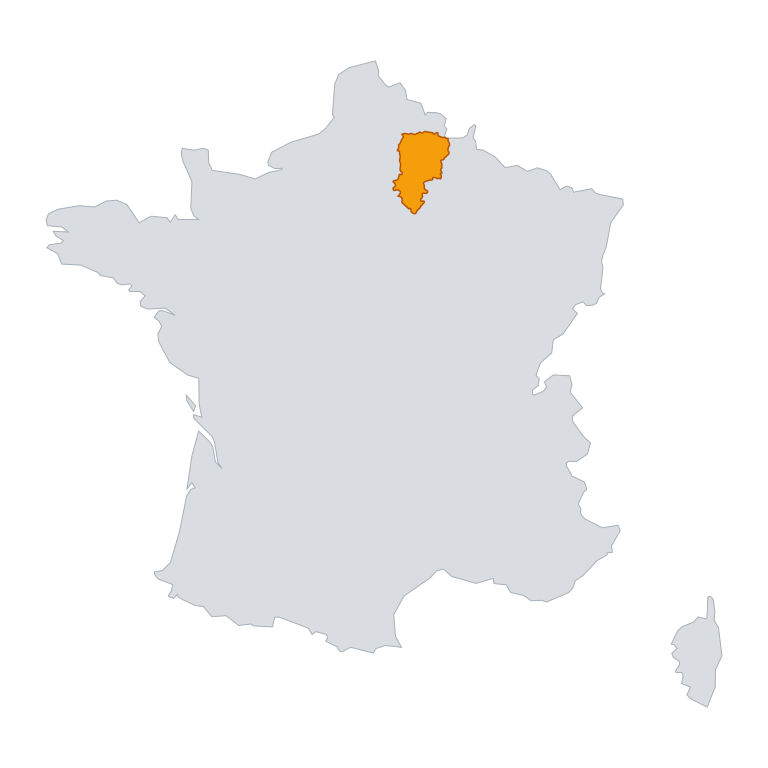 location of Aisne within France
{"feature_id": "FRA-5263", "entity_name": "Aisne", "entity_type": "Metropolitan department", "adm_level": 1, "iso_a3": "FRA", "parent_name": "France", "parent_adm1": "", "projection": "albers", "projection_center": [3.618, 49.454], "detail": "fine", "context": "in_parent", "style": "filled", "palette": "amber", "viewbox_px": 768, "rotation_deg": 0, "n_neighbors": 0, "source": "natural_earth", "source_scale": "10m", "svg_char_len": 7367}
<svg xmlns="http://www.w3.org/2000/svg" viewBox="0 0 768 768"><path d="M604.6,293.8L599.3,297.1L596.2,303.5L592.7,305.2L586.3,305.6L583.1,301.8L575.5,304.7L572.6,308.8L577.4,313.4L562.9,334.1L553.3,339.8L551.7,352.9L540.4,363.1L536.5,373.5L536.2,375.6L539.2,378.9L538.2,385.6L532.4,390.2L532.6,394.5L534.3,395.0L543.2,391.3L546.5,387.2L544.5,381.8L553.4,374.9L569.7,375.8L572.0,384.6L570.2,392.2L582.6,407.8L572.7,415.8L572.3,420.8L583.5,436.6L590.5,443.0L587.4,454.0L576.4,461.6L569.2,461.3L566.2,463.2L566.7,466.5L572.1,476.2L584.6,482.1L586.7,489.4L583.5,492.3L578.3,503.7L581.0,509.2L580.2,511.7L581.6,515.4L585.0,519.0L602.5,527.8L618.0,525.2L620.2,530.6L611.5,545.8L612.3,552.4L607.5,552.8L606.8,555.1L597.4,560.4L582.5,576.0L575.3,580.7L572.7,588.3L568.5,592.7L546.3,602.1L542.0,600.3L531.0,600.8L524.0,595.6L510.7,592.5L506.3,584.8L494.0,583.6L493.2,578.4L476.1,583.4L451.9,576.5L443.4,569.0L436.4,571.0L430.2,577.9L404.1,595.9L393.7,614.6L395.5,636.5L401.5,647.3L385.4,645.5L375.8,648.6L373.3,653.1L350.6,647.3L342.1,651.7L339.7,651.3L336.9,646.7L325.9,641.2L327.7,637.7L326.2,634.4L315.8,631.6L312.1,634.6L308.3,628.1L279.4,617.2L274.7,617.2L272.4,626.9L253.5,625.9L250.9,624.0L238.7,625.5L226.2,615.7L211.8,616.7L203.6,606.7L195.1,605.5L183.4,600.0L178.1,597.0L177.5,594.2L173.7,598.3L169.3,597.0L168.4,595.6L171.6,590.6L172.6,584.5L158.0,579.0L154.4,574.3L154.5,571.9L162.6,570.4L170.5,562.5L179.3,532.2L186.6,496.2L190.6,489.5L195.3,487.9L191.9,482.7L187.0,489.0L191.9,455.8L198.6,431.1L210.1,442.1L212.7,446.7L215.4,461.8L221.9,468.5L217.8,462.2L214.6,442.1L212.1,436.3L193.9,418.5L193.5,414.6L201.8,417.2L199.2,404.5L198.8,378.3L187.5,375.0L169.9,362.6L158.7,341.7L157.8,334.1L161.7,326.5L159.2,321.3L154.2,317.4L158.7,311.0L162.5,310.5L175.3,315.4L165.1,308.2L147.6,309.0L140.9,306.2L140.1,301.4L145.2,295.8L139.8,291.5L129.8,291.6L128.7,289.9L132.0,285.8L129.7,284.0L121.5,284.9L117.1,283.2L113.2,277.8L100.4,275.5L97.7,272.4L80.5,265.0L61.7,264.1L57.6,253.7L46.8,247.7L49.3,244.8L61.0,243.2L63.4,240.6L55.7,235.7L53.2,231.3L68.3,232.0L62.0,227.0L47.4,225.7L46.1,219.6L48.6,213.8L57.7,209.3L79.3,205.7L94.6,207.0L106.1,201.1L116.9,200.2L126.8,204.5L139.2,222.8L150.8,216.2L167.1,217.7L170.2,222.2L175.2,214.8L178.4,219.5L198.6,219.4L194.1,216.1L190.8,208.5L191.9,181.6L183.1,161.5L181.2,154.2L182.2,148.3L193.9,150.2L203.8,148.2L208.3,150.3L208.7,162.9L212.3,170.4L239.4,174.3L255.0,179.0L268.5,172.5L281.0,169.9L282.1,168.3L274.9,168.6L268.5,165.3L267.8,161.9L271.7,152.2L290.9,142.2L318.7,134.0L325.9,128.1L334.2,117.3L332.5,114.4L334.6,84.3L338.8,74.5L349.2,67.6L375.4,60.9L378.6,70.5L378.3,75.9L385.2,84.5L388.6,87.1L400.1,82.7L405.5,90.6L407.1,99.5L421.0,103.2L425.1,114.8L427.6,112.3L436.3,112.7L440.4,113.7L446.1,118.7L444.4,125.7L446.9,129.1L444.6,135.5L446.3,138.1L462.4,138.0L467.2,135.1L469.3,128.6L474.1,124.7L475.9,125.9L473.1,137.9L475.4,140.9L476.6,149.4L482.7,150.0L494.8,156.6L505.1,167.6L517.5,165.4L527.4,171.4L537.4,167.8L547.1,170.9L550.5,174.1L560.1,189.6L566.8,186.1L571.8,187.7L573.5,192.2L591.7,188.7L595.3,192.9L599.2,194.4L622.7,199.1L623.3,204.9L610.8,222.7L606.2,247.1L602.7,255.6L601.5,262.0L602.9,266.1L602.5,272.7L600.4,288.5L602.3,293.0L604.6,293.8ZM714.8,610.7L714.3,620.7L718.5,627.5L721.9,655.8L715.4,670.0L715.3,686.7L707.2,707.1L691.7,699.4L686.9,694.9L690.4,687.1L681.6,683.6L683.1,676.1L682.0,672.5L675.9,672.5L675.5,670.7L679.5,664.7L679.2,661.2L673.2,657.2L671.8,653.4L677.0,648.6L674.3,644.8L671.2,644.1L677.7,630.7L682.6,626.4L693.8,622.0L698.1,616.9L705.8,618.9L707.0,617.5L707.9,596.9L710.5,596.5L713.1,599.0L714.8,610.7ZM195.6,405.7L193.5,411.5L186.9,400.8L186.3,395.2L195.6,405.7Z" fill="#d9dde1" stroke="#a8b0b8" stroke-width="1"/><path d="M444.4,137.2L446.8,138.5L447.4,138.6L448.0,138.5L448.1,139.6L448.1,141.1L448.4,141.7L448.8,142.3L449.4,143.5L449.6,144.2L449.6,144.8L449.5,145.3L449.1,146.1L448.4,147.3L448.2,148.1L447.9,150.5L448.0,150.9L448.7,151.6L449.0,152.4L449.0,153.3L448.8,153.9L448.4,154.4L446.8,155.8L446.2,156.6L445.8,157.0L445.4,157.1L444.9,157.6L444.4,158.1L443.9,159.3L443.4,159.7L442.9,159.9L442.0,159.9L441.5,160.0L441.1,160.3L440.8,160.8L440.9,161.3L441.2,162.3L441.5,163.2L441.6,163.7L441.9,164.1L442.0,164.8L441.9,165.3L441.6,166.0L441.7,166.5L441.8,167.1L441.9,167.8L441.7,168.3L440.9,169.0L440.6,169.6L440.7,170.2L440.9,170.7L441.8,172.1L442.0,172.9L441.1,173.1L440.7,173.4L440.5,173.8L440.3,174.3L440.9,174.7L441.3,175.6L441.2,177.4L441.1,177.8L440.9,178.4L440.6,178.7L440.2,178.9L439.8,178.7L439.0,178.2L438.7,178.1L438.1,178.2L437.7,178.6L437.2,178.7L436.8,178.6L435.5,177.7L435.1,177.5L434.5,177.4L433.4,177.5L432.9,177.8L432.6,178.1L432.6,178.5L432.7,179.0L432.7,179.4L432.5,179.7L432.2,179.9L429.5,180.2L425.7,181.3L424.2,182.1L423.4,182.8L423.5,183.3L423.9,184.3L424.1,184.8L424.2,185.3L424.3,188.2L424.4,188.7L424.5,189.1L424.7,189.4L425.1,189.4L425.5,189.5L425.8,189.6L426.1,190.0L426.4,190.4L426.7,190.7L427.5,191.1L427.6,191.4L427.7,191.8L427.5,192.4L427.1,192.8L426.7,193.2L426.2,193.3L425.7,193.4L423.8,193.1L423.4,193.1L422.8,193.4L422.5,193.6L422.3,193.9L422.2,194.3L422.2,194.7L422.3,195.2L422.5,196.1L422.5,196.6L422.3,197.2L422.0,197.9L421.6,198.5L421.2,198.8L420.6,199.2L420.5,199.6L420.5,199.9L420.5,200.3L420.5,200.5L420.6,200.8L420.9,201.0L421.4,201.1L422.8,201.0L423.3,201.0L423.7,201.1L424.1,201.3L424.3,201.6L424.3,202.2L424.1,202.7L423.7,203.1L423.3,203.4L422.6,204.1L422.1,205.1L421.3,205.6L420.8,206.1L420.6,206.6L420.4,207.2L420.0,207.8L417.2,210.6L416.9,211.1L416.4,212.0L415.7,213.4L414.5,213.7L413.8,213.6L413.1,213.3L411.5,212.0L411.1,211.4L411.1,210.9L411.0,210.1L410.8,209.0L410.6,208.7L410.3,208.4L410.0,208.4L409.2,208.9L408.7,208.7L402.3,202.9L402.0,202.5L401.9,201.9L401.9,201.6L402.0,201.2L402.2,200.8L402.3,200.1L402.3,199.5L401.6,197.9L401.2,197.3L400.8,196.9L398.1,196.0L398.7,195.5L399.4,194.7L400.0,193.7L400.4,192.7L400.3,191.7L399.8,190.9L399.2,190.5L397.6,189.8L396.7,189.8L394.4,190.5L394.0,190.5L393.6,190.2L393.3,189.6L393.1,188.0L393.9,187.3L394.9,186.7L395.5,185.4L395.4,184.5L395.1,183.9L393.2,181.8L393.1,181.4L394.3,180.5L396.5,180.3L397.8,179.4L398.4,178.1L399.2,174.8L400.0,174.2L400.4,174.3L401.1,174.7L401.5,174.7L402.0,174.3L402.2,173.6L402.2,172.8L401.9,172.1L401.5,171.7L400.7,171.3L400.4,170.7L400.2,169.9L400.1,169.1L400.1,168.3L400.6,165.1L400.6,163.9L400.4,162.8L399.7,161.4L399.6,160.8L399.6,160.1L400.2,156.7L400.2,156.0L400.1,155.4L399.7,154.4L399.5,152.1L399.3,151.3L399.1,151.1L398.2,151.0L397.4,150.5L397.4,149.8L397.7,149.4L398.5,148.7L398.7,148.0L398.7,147.3L398.5,145.9L398.7,144.9L399.1,144.3L399.6,144.0L400.1,143.4L401.7,139.5L403.2,137.6L403.5,137.1L403.2,136.4L401.9,134.2L404.9,133.5L406.3,133.6L408.8,134.3L409.4,134.2L409.9,133.9L410.3,133.6L410.8,133.3L411.3,133.3L411.8,133.5L412.8,134.0L414.6,134.5L415.3,134.4L415.9,134.2L416.2,133.9L416.6,133.7L416.9,133.5L417.6,133.3L418.0,133.1L419.2,132.2L419.6,132.1L420.0,132.2L421.1,132.8L421.9,133.1L422.5,133.0L423.0,132.7L423.5,132.2L424.8,131.5L425.4,131.5L425.9,131.5L427.8,132.1L432.2,132.6L432.7,132.8L433.0,133.2L433.2,133.7L433.6,134.1L434.1,134.2L434.5,134.0L435.2,133.4L435.5,133.2L436.1,132.9L436.9,132.6L437.5,132.7L437.9,133.0L438.0,133.4L437.9,134.8L437.9,135.3L438.0,135.5L438.2,135.9L438.5,136.0L442.2,137.4L443.0,137.6L443.3,137.5L443.7,137.3L443.9,137.2L444.4,137.2Z" fill="#f59e0b" stroke="#b45309" stroke-width="1.5"/></svg>